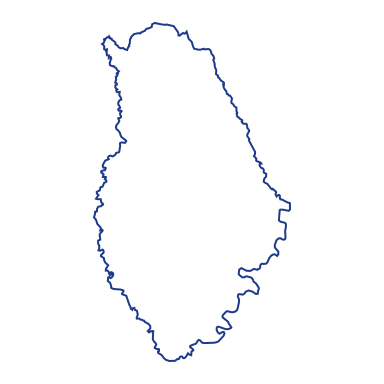 Makoabating, Mafeteng, Lesotho (orthographic projection)
{"feature_id": "5366337B10709831324049", "entity_name": "Makoabating", "entity_type": "district", "adm_level": 2, "iso_a3": "LSO", "parent_name": "Lesotho", "parent_adm1": "Mafeteng", "projection": "orthographic", "projection_center": [27.416, -29.927], "detail": "fine", "context": "isolated", "style": "outline", "palette": "blue", "viewbox_px": 384, "rotation_deg": 0, "n_neighbors": 0, "source": "geoboundaries", "source_scale": "gbopen_adm2", "svg_char_len": 5968}
<svg xmlns="http://www.w3.org/2000/svg" viewBox="0 0 384 384"><path d="M191.2,355.2L191.5,351.5L193.3,350.4L193.1,349.4L190.1,347.0L190.3,345.8L196.2,343.5L197.7,340.7L198.9,339.9L200.2,340.5L202.1,342.7L204.6,343.1L214.5,342.7L217.3,342.0L218.7,341.1L223.4,336.0L224.5,333.6L223.9,332.1L222.7,331.9L219.7,333.7L218.8,333.3L217.6,332.0L216.6,330.0L216.8,327.4L217.6,326.8L218.7,326.7L225.5,329.1L228.6,329.1L231.2,327.8L231.4,327.3L228.7,323.5L228.1,321.8L222.6,317.3L222.5,316.1L223.1,314.9L226.2,311.6L227.2,311.2L232.1,312.3L234.8,311.8L236.9,310.3L237.7,308.4L239.1,301.4L239.0,299.4L237.8,296.5L238.3,294.5L239.2,294.1L242.6,294.6L243.8,294.2L246.0,291.5L248.7,290.5L252.8,291.8L255.9,294.0L257.8,293.7L257.9,291.5L258.9,288.6L258.7,287.6L256.0,283.4L253.6,281.7L252.9,279.5L251.4,277.6L246.5,276.3L245.0,276.7L244.5,277.3L242.3,277.3L239.8,275.4L238.7,274.1L239.2,269.6L241.4,268.1L246.6,270.8L250.4,270.9L253.9,268.9L257.5,269.8L258.1,269.1L259.6,268.6L260.2,267.4L260.2,265.5L261.1,264.2L262.3,263.6L263.4,264.0L266.0,263.7L267.3,262.5L269.1,258.4L271.1,255.7L273.1,254.5L274.7,254.3L277.2,255.9L278.3,254.4L278.3,251.5L274.9,247.6L274.8,245.0L276.4,240.3L278.9,238.3L280.3,238.2L282.5,239.5L284.0,239.7L285.2,239.0L285.5,237.4L285.1,231.3L286.0,226.1L285.8,223.7L284.4,222.6L280.4,221.7L278.9,220.3L279.7,210.2L280.5,209.6L282.9,209.7L288.8,210.8L290.0,209.5L289.9,203.1L287.4,202.4L281.7,199.4L280.4,199.4L279.9,198.5L279.9,196.0L279.4,195.1L278.4,195.0L276.6,196.5L275.5,194.2L276.1,192.4L275.9,191.6L272.7,188.8L272.2,189.3L271.2,188.8L267.5,184.0L264.3,182.3L263.7,181.3L264.3,178.6L266.1,176.6L266.2,173.8L264.1,172.8L263.7,171.9L263.8,170.0L263.1,168.6L261.1,167.8L259.8,166.0L259.5,164.5L259.9,163.7L261.3,163.6L260.5,162.5L256.6,161.1L256.1,160.5L256.3,158.6L253.9,156.0L255.0,154.4L255.1,151.9L249.0,140.6L249.3,138.9L247.3,136.3L247.2,135.0L247.6,133.9L249.2,131.1L248.9,129.9L247.5,128.3L246.7,124.2L246.0,123.7L243.6,123.8L242.3,122.8L241.6,121.6L242.3,120.8L242.0,120.0L239.8,118.7L238.9,117.5L237.3,116.7L236.6,113.5L237.3,112.8L236.4,110.9L236.5,107.7L234.2,106.1L233.3,104.3L231.5,103.0L231.3,101.8L232.0,98.5L230.1,95.7L228.6,95.4L228.3,94.4L226.9,93.9L226.1,90.8L225.3,90.2L223.8,87.8L223.2,84.7L223.9,84.9L223.9,82.6L220.6,80.2L219.1,77.8L218.3,77.6L217.9,76.8L218.0,75.7L216.0,74.1L216.3,70.4L214.8,66.6L214.5,65.1L214.8,64.2L213.3,59.8L214.2,58.5L213.4,55.9L211.6,53.9L210.7,50.8L209.6,49.5L208.3,49.0L204.5,49.4L203.7,48.7L200.5,49.7L198.4,49.7L194.2,48.7L193.1,46.6L191.8,42.0L188.7,38.8L186.6,31.7L185.2,33.4L184.4,33.6L182.9,33.0L179.7,35.6L178.5,35.4L178.4,33.4L177.9,32.0L173.8,26.2L166.7,24.5L165.4,24.8L162.7,24.6L154.6,23.0L152.2,24.2L151.7,27.0L148.3,28.5L146.5,28.7L144.7,30.9L141.1,32.4L140.4,33.4L138.2,33.2L133.7,34.2L133.2,35.1L131.3,36.6L131.1,38.0L130.1,39.2L129.7,43.8L129.0,44.8L129.2,46.2L128.3,47.0L127.1,50.0L124.5,49.1L123.2,48.0L120.6,48.3L118.6,47.2L117.6,45.6L115.7,44.5L115.2,43.8L115.5,42.9L114.9,42.0L112.0,39.8L111.6,38.7L110.6,38.7L109.2,36.5L108.9,37.5L108.3,36.9L107.6,37.1L105.7,38.5L105.3,39.4L104.8,39.0L104.0,39.3L104.4,40.9L103.9,42.7L102.1,44.0L103.5,45.1L104.3,46.5L104.1,49.1L105.4,49.7L107.0,49.3L106.9,50.7L105.8,50.7L106.8,52.9L106.6,53.6L107.0,55.3L108.9,55.4L108.8,57.9L110.3,56.8L110.9,57.2L111.3,58.9L110.4,59.6L110.3,61.5L109.7,62.8L109.9,65.0L112.3,66.3L113.6,66.0L114.2,66.9L116.2,68.1L117.2,70.2L118.9,71.3L118.1,72.2L118.0,73.2L116.8,73.2L116.7,73.9L117.5,75.0L116.9,76.3L115.8,76.8L116.2,79.4L115.2,82.6L116.0,82.8L117.0,83.9L116.9,84.6L115.6,85.1L115.2,87.0L115.9,88.3L117.3,89.4L116.2,90.1L116.7,91.9L117.3,92.2L119.7,91.9L119.2,94.9L121.0,98.0L121.3,99.6L119.8,100.2L118.8,101.3L118.3,102.8L118.2,104.0L120.1,107.4L120.0,108.0L118.4,108.9L118.2,109.8L119.0,110.8L121.1,110.6L121.6,111.2L120.1,113.0L120.1,114.6L121.1,116.4L121.0,117.1L120.2,117.9L118.2,118.3L119.3,120.9L118.4,122.8L116.4,125.2L115.9,127.0L116.5,129.1L118.1,130.4L119.9,132.8L120.8,135.9L121.6,137.1L126.1,140.6L126.2,141.4L124.9,142.9L122.0,142.4L120.2,142.9L119.9,144.1L120.2,145.5L119.4,151.0L118.9,152.3L116.2,152.9L115.3,154.7L112.8,156.4L110.2,155.6L108.8,156.2L107.9,157.6L108.7,159.2L105.2,160.6L103.1,164.4L102.7,166.2L103.4,167.7L105.2,167.6L105.8,168.1L105.0,170.2L102.1,170.7L101.1,171.4L101.1,171.9L101.5,172.8L102.4,173.0L102.6,173.7L103.6,174.4L102.9,177.0L105.8,177.0L105.9,177.6L104.8,179.2L106.1,180.0L106.5,181.4L105.9,182.1L104.2,182.7L102.5,186.7L100.5,187.2L99.8,190.4L96.8,191.8L96.8,193.5L98.5,195.1L96.0,198.7L97.8,199.2L100.7,199.2L101.2,202.2L103.1,204.0L102.7,205.0L101.9,205.1L101.1,206.2L98.2,206.7L97.0,209.0L96.9,211.4L95.1,211.8L95.1,213.6L94.0,217.4L96.0,219.8L97.3,223.9L100.6,227.5L100.9,228.7L100.3,230.3L102.2,229.8L102.6,230.2L102.5,231.0L100.3,233.3L99.6,234.6L100.3,239.6L98.1,240.6L98.2,243.9L99.3,245.8L99.2,248.5L98.5,250.3L99.9,250.8L102.5,249.6L103.2,250.1L103.7,251.8L103.5,252.7L101.0,255.1L100.9,256.1L104.0,258.2L104.1,260.2L105.2,262.5L108.2,265.2L105.9,268.9L105.8,270.6L107.3,270.5L108.5,271.5L109.5,274.6L110.1,275.2L111.3,274.4L110.7,272.4L111.6,272.2L112.9,273.0L113.3,274.7L112.4,276.7L110.5,278.2L109.2,277.1L108.3,277.2L108.1,277.6L107.8,281.0L110.0,282.7L111.1,285.6L111.2,287.9L113.7,289.0L120.5,289.5L123.3,290.4L123.5,291.5L121.9,293.7L122.1,294.2L126.3,295.8L129.3,304.8L130.3,306.4L130.8,308.7L132.1,309.7L132.3,308.4L134.4,307.9L134.7,309.7L136.9,310.8L137.8,314.5L136.7,317.4L136.8,318.6L139.1,318.5L140.4,319.6L142.2,319.8L143.0,320.6L144.0,320.6L145.0,322.0L148.6,324.0L150.2,325.9L150.3,328.3L147.8,331.2L149.1,332.4L150.7,331.2L153.2,331.1L153.3,331.9L152.7,332.2L153.1,335.0L152.8,339.1L153.9,341.4L155.8,343.4L156.3,344.5L154.6,347.7L155.6,348.6L159.0,349.3L159.0,350.9L158.0,351.4L158.1,352.9L161.7,355.1L163.8,358.0L165.9,359.8L169.4,361.0L175.2,360.8L177.2,359.1L178.8,359.1L179.9,357.0L180.8,356.5L182.0,356.5L183.2,358.1L184.4,358.1L185.8,357.0L188.0,353.3L189.2,354.5L191.2,355.2Z" fill="none" stroke="#1e3a8a" stroke-width="2"/></svg>